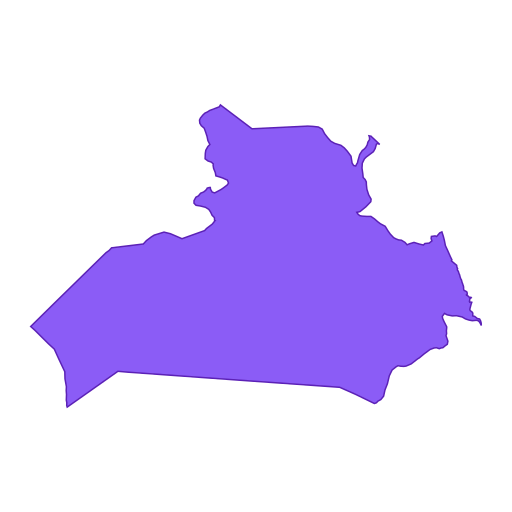 San Juan Juquila Vijanos, Oaxaca, Mexico (orthographic projection)
{"feature_id": "50627088B54668599036443", "entity_name": "San Juan Juquila Vijanos", "entity_type": "district", "adm_level": 2, "iso_a3": "MEX", "parent_name": "Mexico", "parent_adm1": "Oaxaca", "projection": "orthographic", "projection_center": [-96.282, 17.33], "detail": "fine", "context": "isolated", "style": "filled", "palette": "violet", "viewbox_px": 512, "rotation_deg": 0, "n_neighbors": 0, "source": "geoboundaries", "source_scale": "gbopen_adm2", "svg_char_len": 3585}
<svg xmlns="http://www.w3.org/2000/svg" viewBox="0 0 512 512"><path d="M220.4,104.9L219.3,106.8L209.6,110.5L207.5,111.9L204.9,113.1L202.9,115.0L200.4,118.1L199.5,120.1L199.8,123.2L201.3,125.7L204.2,128.2L205.7,132.3L207.0,136.3L207.9,140.6L209.9,144.5L207.9,146.5L205.8,150.2L205.3,153.3L205.1,158.8L208.0,161.0L211.3,162.1L213.3,163.9L213.1,165.4L213.6,168.4L215.3,172.6L215.9,175.9L219.4,176.9L222.7,178.0L224.6,178.9L227.4,180.1L228.5,183.1L227.2,185.0L223.4,187.9L220.9,189.6L214.7,192.9L212.2,192.1L210.5,189.2L210.3,187.5L209.3,187.5L207.2,188.1L207.1,188.4L206.9,188.8L205.7,190.3L203.6,192.0L200.6,193.2L198.4,195.9L195.9,197.2L194.0,200.7L194.0,203.2L196.0,205.3L200.4,206.0L205.5,207.3L208.8,209.4L210.6,212.1L212.1,215.3L214.4,217.6L214.6,220.8L214.9,220.8L212.3,224.1L206.5,228.5L204.6,230.6L182.0,238.7L176.7,236.4L170.4,233.7L164.4,232.2L164.0,232.1L154.2,235.1L151.2,237.0L146.4,240.6L143.3,244.0L111.6,247.8L109.1,250.5L106.0,252.7L56.0,301.6L30.7,326.5L34.7,330.1L48.5,343.8L54.3,349.1L58.8,359.0L64.8,371.7L65.0,378.9L66.4,386.7L66.2,390.6L66.5,394.5L66.3,400.2L66.8,402.7L66.7,405.5L67.2,407.1L117.9,371.3L128.3,372.2L250.6,381.0L339.7,387.3L355.9,394.5L374.4,403.5L376.4,402.8L378.0,401.1L380.8,399.6L383.6,396.2L385.0,389.9L387.4,383.8L389.3,375.8L392.1,370.0L396.1,366.8L398.0,365.7L400.5,366.2L403.8,366.4L406.0,366.1L411.2,363.9L417.6,358.9L419.3,357.9L421.8,355.8L424.1,353.9L428.7,350.5L430.0,349.5L434.1,348.0L436.4,347.7L439.3,348.7L440.9,348.0L442.9,347.7L445.3,345.7L447.3,344.3L447.9,341.2L447.2,339.1L446.0,335.7L446.6,333.7L446.4,330.8L446.7,327.8L446.7,326.8L444.0,321.5L442.6,318.3L442.3,316.3L444.5,313.4L447.0,314.8L452.2,315.9L456.5,315.7L462.2,317.0L465.4,318.9L469.1,320.1L472.3,320.7L476.4,320.3L478.3,320.8L479.4,321.9L480.3,323.4L481.3,325.5L481.2,323.1L480.9,321.9L480.6,320.8L479.6,319.0L477.3,318.5L474.7,316.4L472.7,315.9L472.8,314.2L472.8,313.1L472.1,312.0L470.2,310.6L469.8,309.3L471.2,303.9L471.8,302.3L470.7,302.0L469.7,302.2L469.4,301.3L469.8,299.8L469.7,298.8L471.3,297.7L471.1,297.4L469.3,297.2L468.2,296.3L467.7,295.6L466.6,295.3L466.4,294.9L467.2,294.2L467.2,293.0L466.7,291.7L464.8,290.7L464.4,290.6L463.8,289.9L463.7,289.2L463.6,288.8L463.6,287.2L463.4,286.0L462.7,284.1L462.5,283.3L462.2,282.8L461.4,279.8L460.7,278.7L460.0,276.5L459.6,274.8L459.0,273.6L458.3,271.2L457.5,270.4L457.3,269.1L457.6,268.6L456.9,267.2L456.7,265.3L451.4,260.9L451.9,259.8L450.4,256.7L447.8,250.8L445.4,245.6L444.4,240.5L443.3,236.2L441.9,231.9L439.7,232.9L436.6,236.5L435.1,235.9L431.4,236.4L431.1,238.5L431.9,240.9L429.2,243.1L424.9,243.5L423.4,245.0L419.5,244.1L416.5,243.2L414.0,242.4L409.4,243.8L407.1,244.8L405.0,242.4L401.4,240.2L398.6,239.9L396.0,238.9L393.7,237.7L390.2,234.0L387.8,230.6L385.2,226.3L380.3,223.7L377.7,221.7L374.5,218.9L370.9,216.4L366.6,216.4L362.0,216.1L359.9,215.7L358.1,214.3L356.8,212.3L358.4,212.0L360.0,211.6L365.9,206.8L370.8,201.7L371.1,199.1L368.7,194.9L366.9,189.3L366.4,184.7L366.3,181.9L365.1,179.5L363.2,177.5L362.8,173.7L362.0,168.1L362.3,163.2L364.4,158.9L366.3,157.0L373.4,151.7L375.2,148.5L376.4,144.2L377.6,143.5L379.7,144.4L373.8,138.8L372.8,137.9L371.7,136.9L371.1,136.2L369.0,135.8L369.4,136.9L369.6,139.5L367.9,142.1L367.2,144.9L365.7,147.5L364.2,149.1L362.3,150.5L359.7,154.5L359.1,156.6L357.9,160.7L357.5,162.8L356.7,164.0L355.7,166.0L353.6,165.5L352.1,163.0L351.6,159.9L351.0,156.2L347.2,151.1L344.2,147.8L340.9,145.3L334.7,143.4L330.8,141.2L327.7,137.7L324.6,133.7L322.2,129.1L318.4,127.0L313.1,126.4L307.8,126.1L252.0,128.8L220.4,104.9Z" fill="#8b5cf6" stroke="#5b21b6" stroke-width="1.5"/></svg>